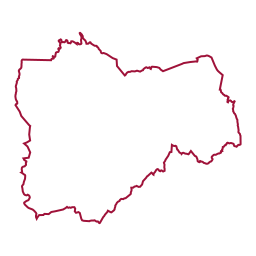 outline of Gbeke, Vallée du Bandama, Ivory Coast
{"feature_id": "98640826B94469137469464", "entity_name": "Gbeke", "entity_type": "district", "adm_level": 2, "iso_a3": "CIV", "parent_name": "Ivory Coast", "parent_adm1": "Vallée du Bandama", "projection": "natural_earth1", "projection_center": [-5.149, 7.692], "detail": "fine", "context": "isolated", "style": "outline", "palette": "rose", "viewbox_px": 256, "rotation_deg": 0, "n_neighbors": 0, "source": "geoboundaries", "source_scale": "gbopen_adm2", "svg_char_len": 5690}
<svg xmlns="http://www.w3.org/2000/svg" viewBox="0 0 256 256"><path d="M211.2,161.4L212.1,160.3L212.6,159.1L211.9,158.1L211.7,157.4L211.8,156.8L212.3,156.2L213.7,154.9L214.4,154.7L215.8,154.8L217.2,154.0L218.6,153.4L219.2,153.5L220.9,152.7L221.1,152.3L220.8,151.6L220.9,151.2L222.3,151.0L222.0,149.8L222.1,149.4L222.6,149.0L222.8,147.0L223.7,146.8L224.8,145.3L225.7,145.2L225.9,144.4L226.6,144.0L227.0,143.0L227.2,142.9L227.7,142.7L229.3,143.4L230.2,143.1L231.0,143.0L233.0,143.6L233.7,144.1L233.9,145.1L234.3,146.0L235.5,146.4L236.4,146.3L236.7,146.6L238.3,144.9L238.9,144.8L239.6,144.9L240.5,144.4L240.6,144.0L240.5,135.8L240.2,135.2L239.9,133.9L238.6,132.5L238.4,132.0L238.6,130.3L238.1,126.7L237.7,125.4L237.9,124.4L237.4,121.8L237.4,120.4L237.3,119.6L236.8,118.9L236.2,117.1L235.9,115.8L234.9,113.8L234.2,113.3L233.7,112.1L233.2,111.4L233.2,110.2L232.8,108.8L233.2,108.0L233.6,105.9L233.2,105.3L233.2,104.5L234.6,101.4L234.3,101.2L233.7,101.8L232.3,102.1L231.8,101.9L231.5,101.7L231.1,101.0L230.2,100.4L228.4,100.9L228.0,102.3L227.5,102.1L227.4,101.8L227.7,100.5L227.6,99.6L228.0,99.0L228.0,98.3L228.6,97.7L228.5,97.1L226.6,95.9L226.1,95.7L225.1,95.8L224.7,95.6L224.2,94.9L223.8,94.8L223.0,94.2L222.3,93.1L221.2,92.3L220.6,89.7L219.8,89.6L222.7,75.1L219.3,72.2L217.9,70.9L216.9,69.6L214.9,65.7L211.5,57.5L209.2,56.2L207.7,55.6L206.6,55.5L204.9,56.1L201.1,56.3L196.7,58.3L196.9,58.7L197.4,58.9L197.7,59.5L197.3,61.4L197.0,61.7L196.3,61.4L190.4,62.0L183.6,63.1L182.2,63.8L163.0,71.2L160.7,69.6L159.3,67.9L156.8,67.1L152.1,66.7L151.6,66.9L150.8,69.0L150.4,68.8L150.1,67.8L149.3,67.3L148.6,67.8L147.7,68.0L146.5,67.3L145.6,67.5L143.6,69.0L143.3,69.4L143.0,70.2L142.2,70.4L140.1,71.6L137.0,70.7L134.9,71.4L131.6,71.2L129.9,71.9L128.4,71.9L127.1,72.6L126.1,73.9L125.5,75.0L124.8,75.5L117.0,66.0L116.6,59.6L112.7,58.1L106.6,54.1L103.6,53.0L102.2,53.3L101.4,53.0L100.9,52.1L100.7,51.0L98.7,48.9L98.3,47.8L98.0,47.4L97.2,47.0L96.9,46.2L96.3,45.8L94.9,45.8L94.0,45.4L91.2,43.6L90.4,42.3L89.7,42.3L88.4,43.6L86.9,43.8L86.4,43.7L86.3,42.8L85.3,40.5L83.9,39.3L82.5,37.2L82.8,36.2L82.0,35.2L81.9,34.6L80.2,32.9L79.9,32.9L79.7,33.1L80.1,34.3L81.1,35.9L81.5,37.1L81.4,38.8L81.0,39.9L81.4,43.5L81.0,44.0L80.5,44.2L79.2,44.3L78.8,44.1L78.0,43.0L77.2,42.8L76.7,43.3L76.7,44.0L74.6,42.4L72.6,41.3L71.3,41.3L70.9,42.6L70.4,43.3L69.1,43.0L68.3,43.1L67.7,42.7L67.5,41.0L66.8,40.2L66.3,40.1L65.9,40.3L65.3,41.7L64.3,42.3L63.0,42.0L61.8,42.3L61.3,39.9L60.7,39.4L58.9,40.4L58.7,40.7L58.8,41.3L59.9,42.5L60.1,43.0L60.3,44.5L59.9,45.2L60.7,47.7L60.2,48.5L59.8,48.7L58.8,48.2L58.4,48.6L58.3,49.0L58.8,49.8L58.9,50.6L58.4,51.8L58.0,52.0L56.6,52.2L55.9,52.7L55.7,53.9L55.5,54.5L55.3,56.4L55.0,56.8L54.4,56.9L52.8,56.2L52.7,56.4L52.8,56.7L53.7,57.7L53.7,58.4L53.1,58.7L51.8,58.8L51.4,59.2L51.1,60.2L22.5,59.6L22.1,59.9L21.6,60.9L21.7,62.5L21.5,64.2L21.5,65.9L21.3,67.7L20.6,68.6L19.3,69.7L18.8,70.9L19.5,73.4L19.5,74.9L18.9,76.5L19.1,77.2L19.0,78.1L18.1,78.6L17.8,79.0L17.8,79.9L16.8,81.4L16.7,81.8L16.9,82.6L15.8,86.2L15.9,87.2L16.2,88.2L16.4,91.1L15.9,92.7L15.8,94.0L15.5,94.9L15.4,96.6L15.8,99.1L16.5,100.8L17.1,101.4L17.3,103.3L17.1,103.7L16.2,104.0L15.5,105.1L19.7,111.6L21.3,116.0L29.0,125.0L30.2,126.0L30.0,126.5L29.2,134.5L30.1,140.5L26.7,142.5L24.1,143.5L27.5,146.5L30.2,152.4L28.7,157.7L23.5,158.4L23.7,158.7L24.1,159.8L26.4,161.4L26.4,161.9L26.0,162.4L25.8,163.0L26.0,164.0L26.0,164.8L25.8,165.2L25.3,165.5L24.7,166.3L23.1,166.7L22.2,167.3L21.9,167.8L21.7,169.4L22.1,171.4L22.0,171.9L21.7,172.3L21.3,172.5L22.8,173.4L23.6,174.2L24.8,174.8L25.2,175.5L25.2,176.7L25.0,178.9L23.9,181.8L23.4,184.3L22.2,185.7L22.0,186.6L22.4,188.3L22.8,191.5L24.0,194.1L24.9,194.9L26.2,195.3L26.8,195.3L27.7,194.7L28.9,195.4L29.3,195.9L29.8,197.2L29.7,197.8L28.7,199.7L28.3,200.2L26.4,201.0L24.3,202.5L24.1,203.0L24.3,203.6L24.9,204.6L27.7,207.3L28.7,208.0L32.6,209.5L34.1,210.7L35.9,212.7L36.4,213.7L36.0,215.6L36.0,217.0L36.7,218.7L37.1,217.9L39.0,215.2L39.4,215.1L43.4,215.0L44.4,213.9L48.7,214.1L51.3,212.0L55.1,211.3L63.1,209.5L65.7,208.0L67.0,206.9L68.0,207.7L68.4,207.8L69.6,207.4L70.8,207.8L72.1,207.2L74.4,207.2L75.2,208.7L74.8,211.4L76.0,212.8L78.5,212.1L79.8,213.0L81.3,218.7L82.1,220.3L83.7,220.8L89.4,221.2L89.8,220.9L91.6,220.5L93.9,220.5L94.2,220.3L94.6,220.3L96.4,221.5L97.0,221.6L97.8,221.4L98.3,221.8L98.9,222.8L99.6,223.1L99.9,222.9L103.2,217.1L104.2,216.0L105.0,214.6L107.3,212.0L107.9,210.7L110.1,211.9L111.2,212.4L111.6,212.2L114.0,210.3L114.2,209.9L114.4,209.7L114.6,209.3L114.7,208.3L115.3,206.6L115.3,205.5L116.2,204.2L116.9,202.8L118.0,201.7L119.5,201.0L119.9,200.0L121.2,198.9L123.4,199.1L124.2,198.4L125.6,198.2L130.4,194.3L130.8,193.8L130.8,192.4L131.4,190.9L131.6,189.8L131.3,187.7L133.3,187.6L134.4,186.6L136.2,186.2L136.6,185.9L138.6,186.9L140.2,186.7L140.8,185.9L142.1,184.5L143.0,181.2L146.2,177.7L147.0,176.4L147.7,176.0L151.4,172.6L152.2,173.2L152.9,174.3L153.5,174.7L153.6,173.8L153.8,173.4L155.0,172.0L156.2,170.0L157.3,169.1L158.3,169.4L159.1,170.6L159.8,171.1L160.3,171.2L160.7,170.6L161.6,170.4L163.1,171.5L164.6,170.8L164.6,168.6L164.3,167.4L164.5,164.6L163.9,162.7L165.2,160.8L165.7,159.4L166.1,159.0L167.0,157.6L168.2,155.9L169.8,152.2L171.4,152.0L171.9,144.9L173.4,145.8L174.7,146.0L175.5,145.8L176.3,146.3L177.2,149.5L177.7,149.7L179.5,152.5L181.5,153.5L181.6,153.9L182.6,152.9L183.4,152.8L185.2,153.6L186.8,153.8L188.4,154.3L188.7,154.1L190.9,151.0L194.5,155.5L195.0,156.0L195.9,156.3L196.4,156.8L197.4,159.2L197.7,161.2L198.3,161.7L199.3,162.2L199.6,162.1L199.9,161.1L200.2,161.0L200.4,161.1L200.8,161.6L201.5,161.5L202.7,161.9L203.8,162.9L204.5,163.0L205.9,163.6L207.0,163.8L208.4,163.3L209.3,162.3L210.6,161.5L211.2,161.4Z" fill="none" stroke="#9f1239" stroke-width="2"/></svg>